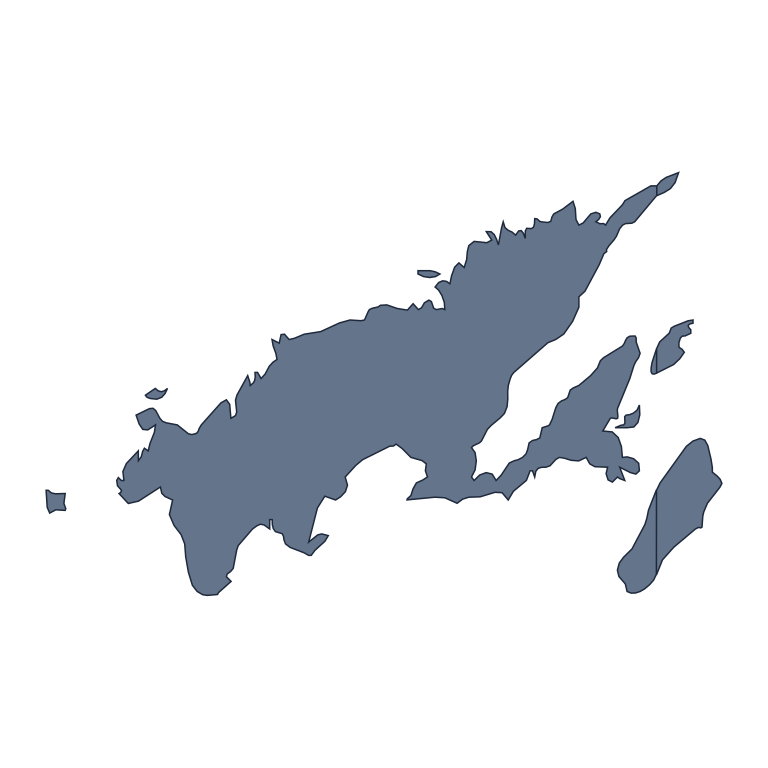 map outline of Northern (Equal Earth projection)
{"feature_id": "FJI-2619", "entity_name": "Northern", "entity_type": "Division", "adm_level": 1, "iso_a3": "FJI", "parent_name": "Fiji", "parent_adm1": "", "projection": "equal_earth", "projection_center": [179.45, -16.564], "detail": "fine", "context": "isolated", "style": "filled", "palette": "slate", "viewbox_px": 768, "rotation_deg": 0, "n_neighbors": 0, "source": "natural_earth", "source_scale": "10m", "svg_char_len": 6129}
<svg xmlns="http://www.w3.org/2000/svg" viewBox="0 0 768 768"><path d="M656.8,195.4L634.7,221.8L631.9,223.2L625.5,223.6L622.6,225.1L619.7,228.7L616.4,236.3L614.0,239.9L608.9,245.8L606.4,249.7L606.7,251.5L603.9,253.7L599.2,264.7L585.0,291.2L578.9,296.8L578.9,307.2L572.6,321.4L563.8,334.0L555.7,339.5L547.9,342.7L513.8,372.5L511.7,375.2L510.2,378.8L508.3,385.5L507.7,391.4L507.8,398.9L507.1,406.7L504.4,413.5L500.4,417.7L491.3,425.3L487.4,429.4L481.4,441.1L479.3,442.9L473.4,445.7L471.5,447.6L475.1,452.6L476.3,460.9L475.1,469.9L471.5,477.0L474.1,480.5L479.7,475.0L486.2,472.6L492.2,474.1L496.1,480.5L501.2,475.1L509.3,463.0L514.3,460.7L517.9,459.8L522.4,457.5L526.1,453.8L527.7,449.3L529.1,442.9L532.5,440.5L536.5,439.6L539.8,437.9L542.2,427.7L548.1,425.8L549.5,424.9L552.1,419.4L555.8,407.7L558.1,403.4L561.5,400.9L565.0,399.5L567.7,397.6L570.2,390.1L573.3,387.9L578.8,385.5L590.6,375.6L597.4,368.0L600.4,360.7L603.7,357.6L622.5,346.0L624.3,343.4L625.6,340.3L627.2,337.7L629.8,336.2L635.1,336.0L636.2,338.0L636.2,342.0L640.1,353.3L638.5,357.8L635.9,361.4L634.0,365.3L629.7,378.9L617.6,408.3L617.3,410.5L617.9,416.2L617.6,418.3L616.2,418.8L611.7,417.9L610.3,418.3L602.8,431.0L612.2,431.9L618.2,437.5L621.4,446.5L622.4,457.4L627.2,456.9L633.6,458.7L638.7,463.3L639.4,470.8L635.9,474.1L630.4,472.6L619.7,467.2L624.8,480.5L619.5,478.5L617.5,477.0L612.4,482.1L608.1,479.9L606.1,473.7L607.6,467.2L594.9,466.7L589.8,463.9L586.2,457.4L578.7,460.9L571.1,460.3L564.3,458.2L559.4,457.4L555.9,459.4L550.0,465.8L545.9,467.2L541.5,467.3L538.1,468.4L535.8,471.3L534.7,477.0L532.5,470.8L530.1,470.8L526.4,480.4L513.4,491.3L508.2,500.0L502.1,492.7L495.0,492.3L480.2,496.8L468.9,497.2L462.7,499.1L457.1,503.3L444.9,497.8L434.9,497.2L407.0,499.9L407.3,498.8L410.9,495.5L413.1,488.7L416.4,482.9L422.8,480.0L427.5,476.9L425.4,470.8L426.3,463.9L422.1,460.6L410.9,457.4L402.0,448.4L396.1,444.1L393.5,446.0L389.7,446.2L362.6,459.7L355.8,465.4L345.2,477.0L347.5,485.1L345.4,491.7L340.7,496.7L335.6,500.0L324.8,496.2L317.4,508.0L308.7,542.1L317.7,534.9L321.7,533.9L328.3,535.6L324.9,541.3L314.9,550.4L311.2,555.4L308.7,555.4L304.1,552.8L290.1,547.4L285.5,543.9L284.0,539.9L283.5,536.3L282.2,533.7L275.4,531.6L273.3,528.6L272.3,524.5L272.2,519.6L269.7,519.6L269.7,529.0L264.2,525.0L260.4,524.2L256.9,525.8L252.5,529.0L238.2,545.6L236.7,550.1L233.2,568.4L230.5,571.6L227.2,573.9L226.4,576.7L231.1,581.4L218.5,592.6L217.5,594.5L207.3,595.4L202.7,594.7L197.2,591.5L192.4,585.3L188.4,572.2L185.7,556.8L184.7,543.9L181.1,534.6L174.1,525.5L169.4,514.6L172.6,500.0L165.0,496.5L161.8,493.3L160.4,487.0L138.6,501.1L128.3,503.5L119.0,493.5L120.7,492.5L121.5,490.3L117.5,485.8L116.7,480.4L118.3,477.6L121.4,480.5L123.9,480.5L122.9,471.5L126.4,463.5L138.3,450.9L138.4,460.7L141.3,456.7L142.7,451.3L144.4,448.2L148.2,450.9L149.9,443.7L154.4,432.3L155.5,424.9L147.8,429.9L142.8,429.4L139.2,424.1L136.1,415.1L149.5,408.6L153.0,408.3L155.7,410.5L159.8,418.2L162.5,421.3L166.2,422.8L177.3,424.9L188.3,433.7L191.9,434.6L196.6,433.3L198.2,431.3L199.1,428.6L201.3,424.9L221.0,402.8L226.4,399.8L229.7,404.4L230.9,418.3L235.5,415.6L236.7,412.1L235.5,400.1L237.0,395.0L247.7,375.6L249.9,382.3L250.2,385.5L253.0,383.2L254.6,380.7L255.2,377.4L255.0,372.4L257.5,372.4L261.1,378.5L265.1,374.1L269.3,366.2L273.2,362.0L277.0,359.5L275.9,353.5L273.2,346.1L272.0,339.5L279.2,343.1L281.1,334.6L284.5,334.2L289.1,339.5L294.4,338.3L304.2,334.2L320.7,331.6L339.3,323.0L350.0,320.0L360.9,320.7L364.5,320.0L368.2,311.6L369.4,309.6L372.1,308.3L378.3,306.9L380.4,305.3L386.8,304.9L397.3,308.5L407.4,310.1L413.1,303.7L418.4,309.6L421.6,307.7L424.4,302.8L428.9,300.1L431.4,301.6L433.6,308.1L436.3,309.6L442.3,308.5L444.8,309.6L444.3,302.4L442.0,295.7L438.7,290.2L435.1,287.0L438.7,282.5L442.7,280.8L446.6,281.4L449.9,283.8L451.6,275.6L454.7,267.1L458.9,262.9L464.2,267.5L466.7,259.3L467.3,251.7L468.8,245.6L474.1,241.4L486.8,242.7L491.7,240.1L486.3,231.6L491.0,231.7L494.2,234.5L496.5,239.1L498.4,244.9L501.5,228.1L503.2,221.8L505.0,227.6L508.2,230.3L512.1,232.1L515.6,235.1L518.7,230.9L521.3,230.6L523.4,233.3L525.3,238.4L525.3,231.0L526.7,228.3L531.4,228.6L533.6,227.1L534.5,223.6L534.7,218.6L537.1,218.9L539.7,221.3L541.1,221.8L547.8,222.5L550.8,221.3L552.0,216.9L553.8,213.9L562.5,209.2L573.0,201.3L575.3,208.6L576.0,219.5L578.9,225.1L583.2,222.9L590.8,213.9L595.9,212.3L599.8,213.9L600.4,216.7L598.7,219.5L595.9,221.8L599.8,223.7L603.7,223.6L605.6,225.1L609.9,217.9L622.4,204.8L625.0,200.6L650.8,185.9L656.8,185.9L656.8,195.4ZM656.5,490.3L660.1,482.9L686.4,446.3L692.9,441.1L700.2,438.4L704.8,440.1L707.8,445.6L711.0,459.1L712.3,467.2L712.4,472.2L716.8,475.7L720.1,479.2L721.9,483.4L720.0,487.1L707.4,503.3L703.8,511.8L702.8,516.0L702.0,527.1L700.7,527.9L698.5,527.4L695.4,529.0L673.8,547.2L662.5,559.8L656.4,575.0L656.5,490.3ZM656.4,574.3L653.6,580.1L649.7,584.6L644.6,588.9L640.1,591.5L635.5,593.0L631.1,593.1L627.1,591.5L625.3,583.9L618.9,576.5L617.4,570.1L619.3,563.0L623.5,557.3L632.0,548.9L644.9,524.5L646.9,518.1L648.5,510.1L656.5,489.7L656.4,574.3ZM656.6,348.7L659.7,341.9L669.2,333.2L671.2,328.1L674.1,326.3L688.0,320.8L693.0,320.0L693.0,323.2L689.7,324.0L688.2,325.4L688.6,327.3L690.8,329.8L690.8,333.3L685.2,335.9L682.1,336.2L680.3,338.2L678.9,342.8L679.0,347.3L682.1,349.3L684.3,352.3L679.8,358.7L673.7,364.5L656.6,373.1L656.6,348.7ZM65.2,493.5L63.9,503.4L65.8,508.7L65.2,510.4L55.8,509.8L49.7,513.1L47.2,507.3L46.1,490.3L48.3,490.3L51.3,492.9L55.4,493.8L65.2,493.5ZM656.8,185.9L661.2,180.7L666.4,177.3L678.6,172.6L675.1,182.6L670.4,188.6L664.3,192.4L656.8,195.7L656.8,185.9ZM627.3,427.7L615.1,427.7L621.1,425.2L623.6,424.9L624.9,423.3L624.7,416.6L626.1,415.1L629.4,414.7L633.3,413.2L637.0,410.2L639.4,405.0L639.8,414.8L637.9,422.5L633.8,427.0L627.3,427.7ZM155.3,388.4L158.3,390.9L161.3,391.7L164.4,390.8L167.5,388.4L165.1,393.5L161.7,397.3L156.8,399.2L150.3,398.5L147.7,397.6L146.6,396.9L145.4,395.2L155.3,388.4ZM430.1,270.7L435.2,271.8L439.9,274.0L435.5,276.6L429.7,277.5L423.6,276.6L418.0,274.0L418.0,270.7L430.1,270.7ZM656.6,373.2L654.0,374.1L652.2,373.8L651.1,371.8L651.1,367.9L652.1,362.3L656.6,348.5L656.6,373.2Z" fill="#64748b" stroke="#1e293b" stroke-width="1.5"/></svg>